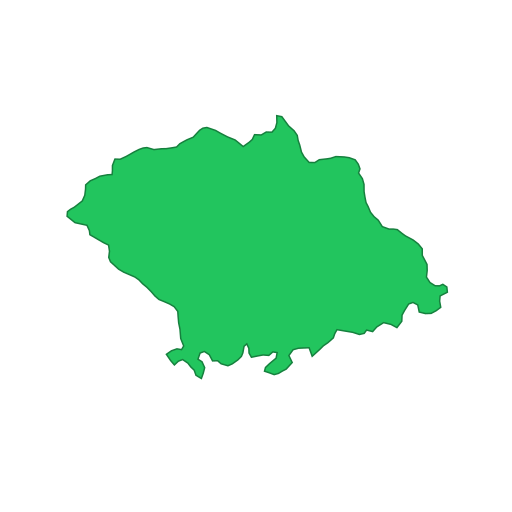 Nuporanga, São Paulo, Brazil, rotated 126°
{"feature_id": "56859067B16762303364783", "entity_name": "Nuporanga", "entity_type": "district", "adm_level": 2, "iso_a3": "BRA", "parent_name": "Brazil", "parent_adm1": "São Paulo", "projection": "natural_earth1", "projection_center": [-47.722, -20.7], "detail": "fine", "context": "isolated", "style": "filled", "palette": "green", "viewbox_px": 512, "rotation_deg": 126, "n_neighbors": 0, "source": "geoboundaries", "source_scale": "gbopen_adm2", "svg_char_len": 2663}
<svg xmlns="http://www.w3.org/2000/svg" viewBox="0 0 512 512"><g transform="rotate(126 256 256)"><path d="M392.1,258.0L386.8,257.0L382.9,254.5L382.7,248.1L384.1,243.5L384.7,238.9L387.8,234.4L387.2,228.2L381.8,229.8L376.5,231.9L373.3,237.5L373.6,242.3L367.4,244.2L363.6,241.7L363.3,235.8L366.4,229.5L363.3,225.5L363.7,220.9L361.3,214.2L357.2,211.8L350.7,209.6L345.8,208.8L342.1,209.7L336.1,212.6L332.5,211.8L334.9,207.5L338.6,204.6L340.6,200.2L336.1,196.1L331.9,192.1L328.9,187.2L323.7,186.0L321.7,182.1L326.8,179.7L335.2,181.8L340.6,182.8L344.2,181.4L342.7,176.7L341.3,171.6L337.8,168.8L333.3,166.9L329.8,165.1L320.9,164.1L317.2,170.9L310.0,170.9L305.6,167.4L299.0,159.1L304.1,151.6L294.0,149.5L289.0,148.7L283.9,146.9L276.8,145.3L272.7,146.6L268.0,147.2L264.4,139.9L260.9,132.9L258.7,126.2L255.0,123.0L250.9,123.0L248.6,117.2L242.4,116.6L234.9,113.6L232.0,106.6L231.1,99.9L223.1,99.7L218.0,103.1L212.7,103.8L205.1,104.3L201.3,101.7L200.5,96.4L205.4,91.0L203.0,85.1L199.5,80.6L194.4,78.1L188.9,76.4L184.6,80.9L180.1,83.6L172.8,79.9L168.9,83.4L169.1,88.2L172.3,90.0L174.8,93.6L175.2,99.7L172.9,105.7L167.1,109.0L162.3,112.7L160.0,117.3L157.8,121.8L152.5,125.7L150.9,131.8L150.7,138.3L151.9,146.9L151.9,151.2L151.6,157.2L153.5,160.7L156.0,164.1L158.0,171.1L155.2,178.1L154.8,183.6L153.3,189.1L150.1,194.4L148.1,198.4L144.2,202.6L140.3,206.5L134.6,210.7L130.9,215.4L128.6,221.8L124.4,223.1L121.6,227.2L119.9,232.3L121.7,238.4L124.0,242.8L128.6,249.8L133.0,253.0L135.8,255.8L140.9,261.4L145.8,263.3L149.1,268.0L147.5,275.4L145.2,280.3L140.5,285.9L137.8,289.8L134.2,293.5L132.3,298.9L131.6,306.1L128.1,317.0L130.3,321.7L135.8,317.5L141.3,315.4L146.5,315.9L149.7,320.6L155.0,322.9L158.7,328.5L163.9,327.5L167.8,328.3L175.0,330.7L174.7,335.4L174.4,341.1L176.4,349.1L177.6,357.1L178.2,362.6L180.9,371.3L183.8,374.1L187.4,375.5L191.5,376.0L196.8,376.6L202.5,380.1L206.0,381.8L209.9,383.6L214.5,384.3L218.1,387.8L221.9,391.7L224.8,395.5L229.9,401.1L232.4,408.0L235.0,410.8L238.5,413.2L243.3,415.7L251.7,419.5L257.6,422.8L260.5,427.1L267.2,425.3L271.5,422.2L274.7,420.3L277.6,423.9L283.2,429.2L288.0,431.6L292.6,434.3L298.6,435.6L302.1,433.2L307.5,430.2L313.6,428.9L323.4,431.7L327.2,433.5L330.9,434.6L334.9,432.2L335.4,422.0L330.5,410.8L333.4,405.7L336.4,402.9L334.8,387.1L333.8,381.7L338.3,377.3L343.7,374.3L346.2,370.3L347.4,359.4L346.8,353.3L344.2,341.7L344.1,336.8L345.1,331.4L345.4,326.2L346.4,320.0L347.8,314.0L348.2,308.9L347.0,304.0L345.6,297.7L345.1,292.4L346.8,286.7L350.9,283.3L355.5,279.3L360.0,274.4L367.0,268.4L371.3,261.6L375.5,261.2L377.6,265.4L382.4,268.7L388.2,270.7L390.8,263.5L392.1,258.0Z" fill="#22c55e" stroke="#15803d" stroke-width="1.5"/></g></svg>